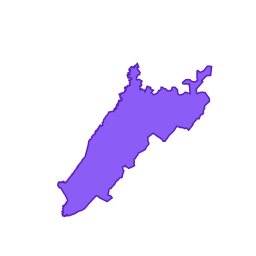 the district of Itas/Gadau, Bauchi, Nigeria, rotated 325°
{"feature_id": "59680162B90895100901083", "entity_name": "Itas/Gadau", "entity_type": "district", "adm_level": 2, "iso_a3": "NGA", "parent_name": "Nigeria", "parent_adm1": "Bauchi", "projection": "albers", "projection_center": [9.915, 11.886], "detail": "fine", "context": "isolated", "style": "filled", "palette": "violet", "viewbox_px": 256, "rotation_deg": 325, "n_neighbors": 0, "source": "geoboundaries", "source_scale": "gbopen_adm2", "svg_char_len": 5878}
<svg xmlns="http://www.w3.org/2000/svg" viewBox="0 0 256 256"><g transform="rotate(325 128 128)"><path d="M35.3,167.6L40.3,167.9L42.1,168.7L44.9,169.1L47.0,169.0L52.4,167.5L63.3,165.2L64.5,167.5L64.4,168.3L68.7,176.3L75.0,176.1L74.8,173.5L73.2,171.2L76.0,168.9L76.6,167.7L78.3,167.2L79.4,167.7L83.2,166.6L83.7,166.8L86.2,165.7L86.3,165.5L89.2,164.6L89.6,165.1L91.2,164.5L93.2,164.1L94.2,165.0L95.3,164.7L95.5,164.2L97.8,162.3L100.0,160.8L100.0,159.2L101.1,156.9L104.1,157.3L103.7,158.0L104.0,158.2L104.9,159.8L105.5,161.5L110.6,162.5L111.9,162.4L112.3,160.9L114.0,159.2L114.2,158.1L115.2,157.2L117.2,156.9L118.4,156.1L120.5,155.7L121.7,154.6L129.9,155.5L130.1,155.2L132.9,153.8L135.2,153.4L136.4,152.4L136.8,150.1L139.0,147.0L145.7,146.7L147.6,152.5L148.5,154.3L149.2,156.8L149.3,158.3L149.2,159.0L150.7,160.1L158.1,157.5L162.0,157.0L164.8,156.3L167.7,155.0L169.1,154.7L171.7,158.3L172.9,158.6L174.0,161.0L175.9,161.5L176.5,164.6L183.2,162.5L183.2,161.7L190.6,159.9L191.3,161.2L194.9,159.0L197.0,159.5L198.1,159.3L199.9,156.8L201.8,155.9L203.7,153.7L209.9,152.9L211.1,151.2L211.5,150.2L211.5,143.3L209.6,141.4L206.6,139.9L205.4,139.8L204.2,139.4L205.9,135.4L215.8,133.0L215.5,131.5L222.3,130.2L225.8,132.3L231.7,125.7L230.1,123.9L228.2,122.9L223.8,124.3L223.3,124.6L219.0,123.9L218.3,121.1L217.2,120.9L213.0,127.0L212.5,128.7L209.7,128.9L206.7,126.2L206.5,124.1L205.6,123.3L203.1,121.6L199.0,122.0L198.4,122.5L198.6,123.6L203.5,127.4L202.3,128.7L202.1,129.6L198.5,135.5L195.6,131.6L192.4,131.8L190.2,131.2L189.0,130.3L188.5,128.6L190.4,124.9L189.9,121.7L187.8,120.1L186.9,120.4L185.8,121.9L185.4,121.6L184.2,121.8L183.5,121.5L181.4,119.9L181.7,119.4L181.3,117.5L180.1,116.4L179.7,114.6L178.5,113.6L177.2,115.4L174.4,114.9L174.2,115.5L172.3,115.9L170.8,116.4L170.2,116.3L169.8,115.8L167.9,115.3L167.4,112.2L170.5,111.7L169.3,109.8L168.9,108.4L169.8,107.8L167.6,104.8L163.3,107.8L162.7,108.0L163.2,106.8L163.1,106.2L162.1,105.7L162.0,104.2L161.3,103.7L159.9,103.9L159.8,103.6L160.1,102.9L160.8,102.6L161.3,100.8L161.7,100.4L162.2,100.4L162.8,101.1L163.1,101.2L163.8,100.7L164.3,99.8L164.3,98.3L164.6,98.0L166.1,98.0L166.3,97.5L164.9,94.3L163.0,93.9L162.9,93.4L163.2,92.3L163.5,91.8L165.0,91.3L166.2,90.3L166.7,90.3L167.4,90.9L168.2,90.8L169.7,89.5L169.7,84.2L170.2,83.9L171.6,84.3L171.9,83.9L171.7,83.0L172.3,82.1L172.6,80.5L170.2,81.2L169.2,80.8L168.8,81.2L168.8,81.6L168.1,82.1L167.3,82.1L167.4,80.8L166.5,80.7L166.0,79.8L165.7,79.7L165.6,80.1L163.8,80.2L162.4,80.5L162.1,81.0L162.2,82.0L162.4,82.3L163.0,82.0L163.2,82.3L163.1,82.5L162.2,82.8L161.8,82.7L161.7,83.2L161.0,83.3L159.6,82.9L159.5,83.3L160.2,83.8L160.3,85.2L160.1,85.4L158.5,84.6L158.5,83.9L157.9,84.0L157.9,84.4L157.5,84.8L157.3,85.2L157.5,85.7L157.3,86.2L156.9,86.5L157.0,87.4L157.7,87.1L158.1,87.8L159.1,88.4L159.2,89.0L159.4,89.3L159.4,89.6L159.0,90.1L158.4,90.1L158.3,89.9L157.3,89.8L157.1,89.5L156.6,89.3L156.1,89.5L156.0,90.0L156.7,90.5L156.1,90.7L155.3,92.2L154.7,92.4L154.6,92.6L155.0,92.7L154.9,93.0L154.8,93.4L154.4,93.7L154.3,94.1L151.9,93.6L152.0,93.2L151.8,93.0L151.3,93.8L150.4,94.1L150.0,93.5L149.7,93.6L149.3,92.8L148.7,92.9L148.3,93.1L148.1,93.8L148.8,94.6L148.3,95.3L147.1,95.3L147.0,95.6L147.6,95.9L147.4,96.2L146.9,96.3L146.1,96.1L145.4,96.6L144.2,96.5L143.9,96.2L143.4,96.4L143.1,96.0L142.7,96.2L142.3,96.0L142.1,95.6L141.1,95.8L140.7,95.7L140.5,95.3L140.1,95.2L140.0,95.4L140.0,96.3L140.3,96.9L139.7,97.7L139.1,98.1L139.0,98.4L139.0,99.2L139.9,99.9L139.6,100.2L139.5,100.9L139.2,101.3L138.6,101.0L138.3,101.8L137.7,101.9L137.3,100.6L136.9,100.5L136.1,101.0L136.2,100.5L136.1,100.2L135.9,100.3L135.6,100.8L135.7,101.1L135.5,101.8L135.1,101.8L134.9,101.4L134.1,101.9L133.6,101.9L133.7,102.7L133.3,102.9L133.3,102.6L133.0,102.4L132.4,102.5L132.6,102.8L132.2,103.3L133.0,103.6L132.8,103.9L132.1,103.9L132.0,103.5L131.4,103.3L130.7,103.5L130.3,103.8L130.3,104.3L129.9,104.4L129.8,105.3L129.1,105.1L128.5,105.2L128.5,105.5L128.3,105.4L128.4,104.5L127.9,104.5L127.8,104.8L127.5,104.6L127.1,104.9L126.7,105.7L125.9,105.8L125.7,106.2L124.3,105.1L122.5,104.7L122.0,104.0L120.8,104.2L120.5,104.6L119.7,105.1L115.9,106.0L115.0,106.6L114.1,106.8L112.8,107.3L111.0,109.1L110.3,108.8L109.6,109.4L109.2,110.9L108.9,111.2L107.7,111.3L107.2,111.0L106.9,110.8L106.9,110.4L107.2,110.1L107.0,109.7L105.0,110.3L105.0,110.8L104.7,111.0L103.4,111.1L103.4,111.4L102.5,111.4L102.4,111.9L102.1,112.1L101.8,111.8L100.9,111.8L100.7,112.4L100.1,111.8L99.8,112.2L99.0,112.3L98.9,112.8L98.2,113.1L98.2,113.8L96.7,113.7L96.5,113.9L96.2,113.7L94.6,114.0L94.4,114.2L93.8,114.2L93.3,114.8L93.0,114.7L93.0,115.0L92.6,115.2L90.4,115.9L89.8,115.6L88.3,116.4L85.9,118.9L76.4,127.0L72.2,127.9L70.3,129.1L69.7,129.2L69.2,129.0L68.3,129.6L65.9,130.0L65.7,130.5L65.1,130.6L65.1,131.0L63.9,130.9L63.9,131.3L63.5,131.5L62.9,131.5L61.2,132.2L59.2,132.6L59.1,132.9L57.6,133.4L57.0,134.0L56.5,133.6L56.1,133.6L56.0,133.8L55.6,133.8L55.5,134.3L53.6,134.6L52.1,135.1L51.7,135.1L51.3,135.3L50.2,135.5L49.7,135.9L48.2,136.2L45.9,137.1L45.6,136.6L45.1,136.9L44.9,136.7L44.7,136.0L44.4,135.8L44.7,134.9L44.2,134.8L44.1,134.5L43.5,134.7L43.2,134.5L42.8,134.8L42.5,134.7L42.4,134.2L42.0,134.1L41.7,133.6L41.0,133.5L41.1,133.1L40.6,132.6L38.9,133.3L37.6,134.7L37.5,137.8L38.6,138.7L38.1,144.3L38.2,146.2L37.4,151.4L36.6,153.3L35.6,153.4L35.2,153.7L34.8,153.5L34.5,154.2L33.9,154.1L33.7,154.4L33.3,154.4L33.2,154.8L32.3,154.8L32.2,154.6L31.2,155.0L31.0,154.6L30.6,154.4L29.7,154.7L29.6,154.9L30.2,155.2L30.2,155.6L29.4,155.8L29.4,156.2L28.5,156.8L28.1,156.8L28.2,157.5L27.5,158.3L27.1,158.4L26.7,159.5L26.2,159.3L26.0,159.0L25.9,159.5L26.2,159.7L26.5,159.7L26.3,160.2L26.1,160.4L26.0,160.0L25.8,160.1L25.3,161.1L24.7,160.7L24.3,162.0L24.3,162.9L25.4,163.3L25.4,164.0L26.2,164.0L26.8,164.5L27.1,164.4L27.3,164.1L27.0,163.8L27.9,163.8L28.1,164.0L27.5,164.1L27.5,164.6L29.3,166.0L35.3,167.6Z" fill="#8b5cf6" stroke="#5b21b6" stroke-width="1.5"/></g></svg>